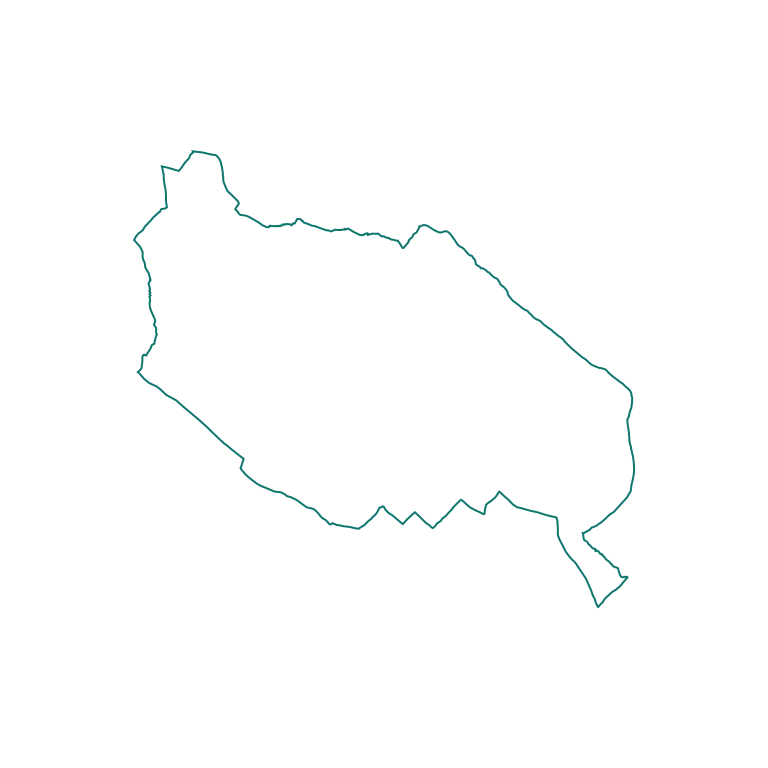 outline of Meru, Arusha, United Republic of Tanzania, rotated 132°
{"feature_id": "72390352B99598192663387", "entity_name": "Meru", "entity_type": "district", "adm_level": 2, "iso_a3": "TZA", "parent_name": "United Republic of Tanzania", "parent_adm1": "Arusha", "projection": "robinson", "projection_center": [36.903, -3.323], "detail": "fine", "context": "isolated", "style": "outline", "palette": "teal", "viewbox_px": 768, "rotation_deg": 132, "n_neighbors": 0, "source": "geoboundaries", "source_scale": "gbopen_adm2", "svg_char_len": 6138}
<svg xmlns="http://www.w3.org/2000/svg" viewBox="0 0 768 768"><g transform="rotate(132 384 384)"><path d="M338.9,681.6L339.1,680.8L343.4,681.2L346.4,680.0L353.0,680.0L359.0,679.2L363.0,679.1L367.7,688.9L370.9,694.7L376.2,687.4L378.4,685.5L382.2,681.1L386.3,675.7L391.0,671.0L393.8,668.6L398.0,663.5L400.0,664.1L403.1,666.5L406.5,665.8L406.7,666.1L415.2,667.0L417.8,666.7L427.3,667.0L430.7,666.2L433.0,666.4L436.1,667.2L440.0,667.1L444.2,666.0L445.2,657.3L446.6,653.6L447.5,651.6L451.1,648.5L452.1,646.9L452.4,646.8L454.1,643.0L457.3,639.0L459.4,632.3L460.9,630.5L461.4,629.3L462.2,628.2L463.2,627.7L462.9,627.3L463.4,626.8L466.7,626.4L469.7,621.8L470.4,621.3L470.5,621.0L471.5,620.9L472.2,620.2L472.2,619.3L472.7,618.5L474.2,618.4L474.5,616.7L476.3,616.6L476.8,615.5L478.7,613.4L479.8,613.0L482.7,610.4L485.0,607.1L489.3,597.5L490.0,596.3L491.8,595.3L492.7,595.2L493.7,594.7L494.1,594.1L494.3,592.8L495.0,590.6L498.0,588.1L498.7,587.1L499.3,585.8L500.6,585.6L506.2,582.7L507.7,581.6L510.0,582.5L511.8,582.2L512.4,581.7L514.1,581.2L522.1,579.9L522.8,582.0L524.4,582.2L525.6,581.6L530.0,577.8L532.3,576.4L534.0,575.0L535.6,574.5L539.9,574.9L539.9,572.3L540.7,565.8L540.4,559.0L538.0,551.6L537.6,546.8L537.8,538.5L535.2,527.4L535.2,518.8L534.4,496.7L534.5,485.1L534.8,479.2L535.2,463.9L534.7,458.5L534.6,453.8L533.6,438.2L542.7,434.1L543.8,427.3L543.9,424.1L543.8,419.9L543.1,411.7L542.2,407.7L537.3,393.7L536.2,391.9L534.2,389.3L533.3,387.6L532.4,384.2L532.3,381.3L530.4,377.4L528.6,371.2L527.6,360.9L527.2,358.7L524.5,353.7L523.8,351.3L524.1,346.0L524.7,343.0L524.9,340.0L524.1,335.9L524.6,331.1L524.4,330.0L523.7,329.5L522.0,329.2L520.1,324.3L518.6,322.3L517.2,319.5L513.1,313.7L509.7,307.6L508.6,306.1L502.0,304.2L496.2,303.9L492.9,303.3L491.0,303.4L487.4,303.0L484.4,303.1L478.8,304.5L477.6,303.6L475.6,303.0L475.4,301.9L476.4,298.9L476.8,294.5L476.0,290.0L475.6,276.4L475.1,276.2L469.6,276.3L458.7,275.3L458.7,270.8L459.2,259.7L458.7,256.2L458.7,252.8L458.5,251.6L458.1,251.2L455.6,250.9L452.1,251.3L448.1,250.2L445.0,250.6L441.6,249.9L431.8,249.7L427.3,250.0L418.6,249.4L418.2,248.6L418.2,237.9L416.6,231.3L415.2,227.0L414.3,223.4L413.6,222.5L412.1,223.2L409.4,225.2L405.2,227.3L403.8,227.2L397.9,225.9L394.1,225.5L391.8,225.6L387.5,226.4L386.9,226.3L386.7,225.0L386.9,220.9L386.8,212.7L387.1,211.0L387.2,206.9L386.4,202.3L384.7,199.4L380.1,190.2L376.7,184.2L372.3,174.6L367.9,166.7L368.0,166.1L370.0,163.2L371.5,161.9L374.4,158.6L378.9,154.7L380.2,153.1L380.7,152.4L382.3,149.0L387.2,136.0L388.5,129.1L388.9,121.7L393.6,103.4L399.1,91.4L401.2,87.7L402.6,83.9L405.0,79.8L406.6,75.8L406.2,75.6L402.0,75.7L400.9,75.4L395.6,76.2L386.2,75.3L381.0,73.8L379.0,73.8L377.9,73.4L376.2,73.3L369.9,73.6L365.1,73.6L364.7,73.8L364.8,74.5L365.5,75.4L368.1,77.4L368.4,78.1L368.3,80.2L365.9,84.6L364.4,86.7L364.7,88.3L365.7,90.1L366.0,91.6L365.4,98.2L365.8,101.7L365.0,105.3L365.3,106.3L365.2,107.1L364.5,107.7L365.6,109.6L365.2,110.5L364.9,113.5L365.2,114.1L366.5,114.8L366.5,115.4L365.5,116.1L365.3,116.6L365.3,117.3L365.9,117.8L366.5,119.0L366.1,122.5L366.3,124.4L365.4,126.8L365.5,128.4L365.9,130.4L365.8,131.3L365.3,132.1L362.4,135.5L361.8,136.6L361.1,135.8L355.7,133.9L354.7,133.6L351.8,133.6L349.5,132.3L346.3,131.0L344.4,130.8L341.7,130.0L335.8,129.3L329.9,128.9L325.3,127.6L305.2,127.5L301.7,128.5L299.5,128.7L298.4,129.1L293.5,132.5L286.2,136.5L281.8,139.6L279.7,141.4L274.8,146.3L271.4,150.3L266.4,157.5L265.2,158.8L264.4,160.4L261.3,164.5L260.0,165.4L257.9,168.0L256.5,169.1L250.2,176.8L247.3,179.5L243.7,180.5L242.7,181.4L240.3,182.5L238.1,183.7L237.0,183.8L235.9,184.5L231.9,187.2L228.5,190.0L227.8,190.8L227.1,192.3L226.1,193.2L224.9,195.1L224.4,196.7L224.1,199.4L224.3,202.1L224.1,206.6L224.2,208.4L224.5,209.2L225.3,218.7L225.4,224.0L225.0,227.4L225.0,229.2L227.1,233.7L227.9,234.6L230.0,239.9L230.8,242.9L230.9,244.6L230.9,251.1L231.5,254.6L232.0,268.0L231.7,276.6L231.0,281.1L231.1,283.5L231.6,286.9L231.9,294.2L231.8,296.1L232.4,299.8L232.9,305.3L232.6,310.1L234.0,314.3L234.4,317.4L234.3,319.5L233.9,321.0L234.1,323.2L233.7,326.3L234.7,329.5L235.1,332.4L235.2,336.4L235.9,343.8L235.4,348.2L234.8,350.9L234.3,352.2L233.2,353.3L232.1,356.4L231.8,359.6L232.1,363.1L231.9,364.5L230.9,366.8L230.2,369.6L230.3,371.1L231.0,373.1L231.2,374.7L231.1,378.6L230.8,380.3L231.3,381.6L231.4,385.2L231.8,387.7L232.2,388.4L233.1,389.3L232.8,391.4L233.4,393.9L233.4,396.3L232.5,397.0L231.2,399.0L230.8,400.0L230.8,401.8L230.0,404.0L230.3,405.3L231.0,406.6L230.9,409.5L230.1,415.7L231.2,420.5L230.9,423.7L229.6,428.1L229.2,430.8L228.7,432.0L228.1,436.4L228.3,438.9L229.4,440.7L233.3,443.0L234.8,445.2L236.2,450.3L237.3,457.4L238.6,460.0L239.7,461.1L241.1,461.9L243.5,463.2L243.9,462.6L244.6,462.4L249.7,461.2L252.5,462.2L253.5,462.2L255.0,461.4L260.8,461.7L262.0,460.8L263.1,460.7L268.9,460.5L269.9,460.6L270.4,461.0L270.4,461.9L269.1,465.8L268.3,469.5L268.5,469.5L270.7,473.8L271.9,475.5L272.3,477.0L272.3,478.2L273.5,479.7L274.4,483.0L275.9,484.6L276.2,489.0L277.7,490.4L280.1,493.3L284.1,495.8L284.0,496.4L283.0,496.6L283.1,497.2L285.3,498.7L286.4,498.7L286.4,499.0L288.3,500.0L289.3,501.4L291.2,507.9L292.5,514.7L294.7,515.9L294.9,516.9L295.8,516.7L296.5,517.8L297.9,518.6L300.7,521.6L301.9,523.5L305.7,525.2L306.4,526.2L306.7,527.6L308.2,529.4L308.4,530.3L309.3,531.8L312.8,540.8L314.7,543.8L315.4,546.2L317.4,551.0L317.7,552.0L317.6,555.1L317.4,554.9L317.5,556.8L319.6,558.9L324.4,557.8L325.1,558.3L325.3,558.9L325.9,559.2L326.8,558.9L328.0,558.9L328.0,560.4L330.6,563.9L331.8,564.1L332.6,565.6L333.4,566.1L333.9,566.0L334.1,565.7L335.3,566.8L335.6,566.6L336.2,566.8L336.9,568.1L337.9,568.4L338.8,570.1L339.7,570.6L341.3,572.7L342.0,573.2L342.4,574.3L342.9,574.8L343.7,574.8L344.1,574.5L344.9,574.9L346.2,576.7L346.6,578.5L347.4,580.5L347.7,584.7L350.1,595.9L350.7,597.8L351.6,599.8L354.5,604.0L354.3,606.7L353.9,607.8L353.7,611.4L350.8,612.2L347.7,612.3L346.4,613.3L345.8,615.9L345.4,626.1L345.5,628.7L344.3,632.0L341.3,638.3L338.8,641.2L337.6,642.1L336.6,643.6L335.2,644.7L330.9,650.0L330.1,651.4L328.1,654.1L326.9,657.1L326.3,661.2L326.5,662.0L329.7,667.1L333.3,673.7L338.9,681.6Z" fill="none" stroke="#0f766e" stroke-width="2"/></g></svg>